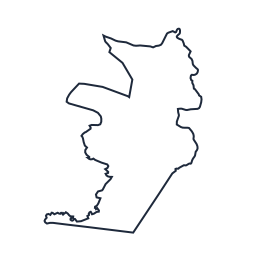 the Department of Quiché, rotated 187°
{"feature_id": "GTM-3467", "entity_name": "Quiché", "entity_type": "Department", "adm_level": 1, "iso_a3": "GTM", "parent_name": "Guatemala", "parent_adm1": "", "projection": "mercator", "projection_center": [-90.931, 15.443], "detail": "fine", "context": "isolated", "style": "outline", "palette": "slate", "viewbox_px": 256, "rotation_deg": 187, "n_neighbors": 0, "source": "natural_earth", "source_scale": "10m", "svg_char_len": 3650}
<svg xmlns="http://www.w3.org/2000/svg" viewBox="0 0 256 256"><g transform="rotate(187 128 128)"><path d="M110.1,24.8L111.0,24.8L132.9,24.8L154.7,24.8L176.6,24.7L190.9,24.7L194.0,24.3L196.8,23.3L198.7,24.3L199.5,25.6L199.1,27.1L197.8,29.0L198.7,30.8L198.1,32.3L196.4,33.0L194.5,32.3L194.2,33.1L193.7,33.8L193.5,34.6L192.5,34.6L190.6,33.4L187.5,35.3L185.9,34.6L184.8,34.6L184.2,35.6L183.7,35.7L182.5,34.6L182.2,35.2L182.0,35.7L181.8,35.6L181.5,34.6L180.9,35.3L179.8,36.2L179.4,36.8L177.3,35.7L175.9,34.3L174.3,33.3L171.6,33.5L171.6,32.3L172.4,32.0L173.2,31.5L173.9,31.2L173.9,30.0L172.8,29.3L171.8,29.3L171.1,29.9L170.6,31.2L169.5,31.2L167.3,28.9L163.2,29.8L156.4,33.5L157.6,35.7L156.2,36.7L156.2,37.4L156.5,38.2L155.9,39.6L154.8,40.3L154.1,39.6L153.6,38.5L153.2,38.0L151.4,38.8L148.9,40.9L146.8,41.4L146.8,42.6L147.4,43.2L148.8,44.7L149.9,43.6L150.2,44.1L150.2,44.4L150.3,44.6L151.1,44.7L151.1,45.9L149.5,47.0L148.3,49.4L146.8,54.9L150.7,55.3L151.7,58.1L150.0,61.4L146.2,62.9L145.5,63.9L143.4,69.6L139.1,75.1L138.1,77.5L140.2,77.3L142.0,77.5L143.6,78.3L144.6,79.8L143.8,80.1L143.1,80.7L142.3,81.0L142.3,82.0L144.7,83.8L145.6,84.4L143.5,85.9L142.9,87.8L144.1,89.3L150.0,90.4L156.7,92.3L158.6,93.4L159.9,92.6L161.4,92.3L162.8,92.6L164.1,93.4L163.5,93.5L163.1,93.5L162.9,93.7L162.9,94.5L165.9,96.4L167.5,98.6L167.7,100.9L166.3,103.6L168.7,105.3L170.3,108.7L171.4,112.1L172.2,113.6L173.2,114.5L172.1,116.5L170.4,118.3L169.5,118.7L165.1,122.7L165.1,123.8L166.4,125.6L164.4,126.6L158.1,127.2L156.0,128.3L155.3,130.9L155.6,133.9L156.4,136.2L159.7,139.4L164.7,141.3L189.6,145.2L192.1,146.6L192.0,150.0L190.5,153.8L189.0,156.5L188.0,157.9L182.0,166.1L176.8,166.5L158.2,165.7L131.9,159.5L130.6,158.8L129.6,176.6L141.4,192.0L155.7,201.0L155.6,201.8L154.9,205.3L157.8,208.3L158.9,209.3L159.9,210.0L161.1,211.1L161.8,212.6L163.6,216.8L161.4,216.0L155.7,214.8L151.0,213.2L148.4,212.8L140.2,212.8L132.6,210.6L130.1,210.6L127.9,211.0L126.1,211.4L115.8,211.7L112.9,211.1L110.2,212.8L107.5,213.5L106.0,214.3L105.7,214.5L105.4,214.7L104.4,216.4L100.8,226.5L99.6,227.5L95.4,229.6L92.8,228.6L92.0,229.1L91.4,231.3L91.2,231.7L91.0,232.0L90.8,232.3L90.4,232.5L90.0,232.7L89.6,232.7L89.1,232.7L88.7,232.2L88.3,231.4L88.1,229.7L88.1,228.8L88.2,228.1L88.4,227.8L89.8,226.3L90.2,225.7L90.7,224.9L90.7,224.5L90.4,223.9L89.7,223.4L87.9,222.7L87.0,222.5L86.3,222.3L85.9,222.3L85.4,222.2L84.5,221.5L83.0,218.8L82.2,216.6L80.2,215.7L75.2,211.7L75.5,210.7L76.4,208.0L76.4,207.0L75.9,206.0L73.3,204.2L72.2,202.4L71.5,199.5L71.0,198.7L70.7,198.2L67.9,196.0L66.2,194.9L65.9,194.6L65.7,194.3L65.6,193.8L65.6,193.3L65.7,192.0L66.1,190.9L66.6,190.1L67.9,189.1L68.7,188.8L69.4,188.6L71.1,188.6L71.5,188.2L71.9,187.6L72.0,185.9L72.0,185.1L71.0,183.2L69.9,182.8L69.7,180.6L68.2,178.4L67.4,175.1L66.3,174.7L61.9,170.1L61.4,169.0L59.2,167.9L58.5,165.4L58.5,162.4L59.2,157.8L59.9,156.4L61.2,155.5L68.1,154.2L71.7,153.0L73.1,153.0L77.0,153.7L78.4,153.6L80.8,153.0L80.1,149.7L79.1,147.2L79.0,146.3L80.3,140.4L80.0,137.4L75.6,135.4L73.6,135.0L69.0,135.5L68.1,135.5L67.4,135.4L64.4,132.6L63.5,131.5L62.5,130.1L61.9,128.5L61.7,127.5L61.7,125.4L61.6,124.9L61.3,124.4L58.1,120.6L57.6,119.8L57.5,119.5L57.3,119.1L56.9,118.4L56.8,118.0L56.7,117.5L56.5,116.5L56.5,116.0L56.6,115.5L56.7,115.0L57.0,114.2L57.9,112.7L58.1,108.9L58.3,108.3L58.7,107.4L59.2,106.6L60.1,104.7L60.5,103.2L60.8,101.2L61.1,100.5L61.6,100.2L62.1,100.3L62.7,100.2L63.3,99.9L65.3,98.3L65.6,98.1L66.1,97.9L66.6,97.9L67.6,97.9L68.1,97.8L72.4,94.7L73.0,93.8L73.7,93.7L75.0,93.6L75.6,93.3L75.9,93.1L75.8,92.6L75.6,92.4L75.4,91.3L78.4,88.4L78.7,87.9L89.1,66.7L90.6,63.7L110.1,24.8Z" fill="none" stroke="#1e293b" stroke-width="2"/></g></svg>